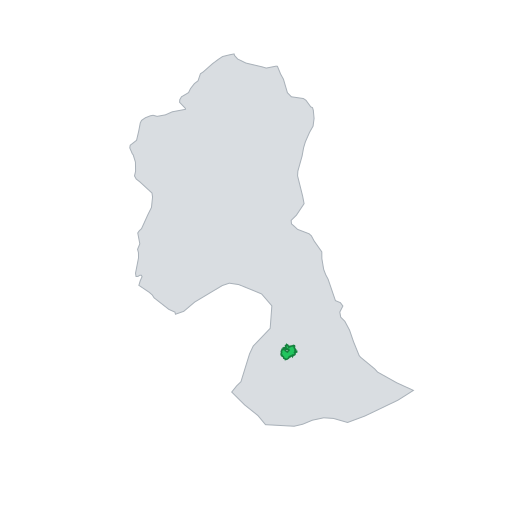 location of Kandavas pag., Kandavas, Latvia, rotated 243°
{"feature_id": "27541924B18979846350071", "entity_name": "Kandavas pag.", "entity_type": "district", "adm_level": 2, "iso_a3": "LVA", "parent_name": "Latvia", "parent_adm1": "Kandavas", "projection": "mercator", "projection_center": [22.728, 57.032], "detail": "fine", "context": "in_parent", "style": "filled", "palette": "green", "viewbox_px": 512, "rotation_deg": 243, "n_neighbors": 0, "source": "geoboundaries", "source_scale": "gbopen_adm2", "svg_char_len": 4963}
<svg xmlns="http://www.w3.org/2000/svg" viewBox="0 0 512 512"><g transform="rotate(243 256 256)"><path d="M362.5,373.7L359.8,373.2L352.2,370.2L345.8,365.8L341.9,359.9L335.3,351.8L330.9,347.6L324.1,342.4L312.6,331.8L308.5,329.4L288.1,324.7L280.8,322.6L274.0,310.5L271.8,303.5L268.5,302.2L264.8,303.7L260.9,305.1L251.7,313.4L248.8,314.5L243.1,314.6L229.8,316.5L223.8,313.5L213.3,310.2L207.6,309.6L202.6,309.7L180.2,306.5L176.1,310.0L172.0,310.7L168.0,305.2L163.0,303.7L157.5,305.5L147.5,305.7L135.6,304.0L120.5,302.7L118.3,303.2L101.5,310.5L97.4,311.6L79.2,323.8L64.8,335.2L63.1,317.0L64.0,280.3L66.1,262.0L76.1,251.3L81.1,242.9L84.1,231.7L84.9,221.3L87.0,212.7L101.4,187.9L112.9,185.3L128.4,178.3L145.8,172.6L149.1,179.9L150.8,185.5L171.7,205.8L177.0,212.6L185.1,235.8L204.4,247.5L219.6,243.8L226.3,238.1L238.4,227.6L243.9,219.9L245.0,212.5L242.8,180.5L239.5,166.5L240.7,157.8L242.8,158.3L248.0,154.1L265.0,146.2L268.4,145.9L272.3,144.3L283.0,138.3L286.4,141.5L289.3,145.1L290.9,145.1L291.6,143.8L291.4,141.5L292.2,139.8L295.3,140.8L307.7,150.5L312.4,152.8L315.7,153.5L319.6,158.0L330.2,161.1L331.5,163.5L332.3,166.4L342.2,178.8L346.7,184.9L355.5,190.6L359.3,191.9L374.7,186.2L379.0,184.2L382.5,184.1L386.2,187.2L394.4,191.2L401.9,192.5L403.2,192.2L409.6,192.6L411.8,194.2L413.3,202.1L420.5,208.2L427.1,213.3L428.8,215.6L429.4,220.2L428.9,225.4L428.1,228.2L425.3,231.3L422.9,239.3L422.5,246.8L418.7,259.8L419.6,260.1L427.6,257.7L429.9,259.1L431.7,261.9L432.2,270.1L434.9,273.7L437.6,279.4L438.4,283.9L443.6,289.2L444.0,292.6L447.1,304.6L448.3,311.5L448.9,316.8L447.3,323.6L446.0,328.2L444.4,327.9L439.8,329.1L432.5,334.6L421.6,347.5L418.8,350.4L416.0,360.2L415.3,361.2L409.0,360.7L407.3,360.5L401.0,360.7L387.2,358.1L381.8,359.8L374.8,369.7L372.1,371.2L364.0,372.5L362.5,373.7Z" fill="#d9dde1" stroke="#a8b0b8" stroke-width="1"/><path d="M156.6,233.6L156.4,233.5L156.1,233.6L155.9,234.0L155.8,233.9L155.7,233.8L155.6,233.7L155.4,233.6L155.2,233.8L155.2,234.1L154.7,234.0L154.0,234.6L152.7,234.5L152.3,234.5L152.2,234.4L152.1,234.5L151.8,234.8L151.7,234.9L151.6,235.0L151.3,235.3L150.4,235.1L150.2,235.9L150.2,236.1L150.1,236.6L150.0,236.9L150.0,237.3L150.1,237.6L150.2,238.7L150.8,239.2L150.7,240.1L150.8,240.2L150.6,240.4L150.7,240.5L150.9,240.5L151.2,240.4L151.2,240.7L151.2,241.1L151.2,241.4L151.1,241.6L150.8,241.7L150.8,241.9L150.7,242.5L150.5,242.8L150.5,243.0L150.4,243.0L150.2,243.1L149.9,243.0L150.0,243.2L150.1,243.3L150.3,243.3L150.5,243.3L150.7,243.2L150.8,243.2L150.8,243.3L150.9,243.2L151.0,243.2L151.0,243.3L151.2,243.5L150.9,243.8L150.8,244.0L150.8,244.3L150.7,244.3L150.5,244.5L150.6,244.8L150.5,245.0L150.4,245.1L150.5,245.3L150.7,245.5L150.7,245.8L150.6,246.0L150.8,246.1L151.0,246.0L151.1,246.3L151.3,246.3L151.6,246.5L151.8,246.6L152.0,246.6L152.7,246.5L152.8,247.0L152.3,247.3L152.3,247.5L152.0,247.4L152.1,247.6L152.1,247.8L152.3,247.8L152.3,248.1L152.3,248.3L152.0,248.6L152.7,249.1L152.8,249.0L152.8,248.9L152.8,248.7L152.6,248.6L152.6,248.4L153.1,248.2L153.5,248.0L153.6,247.9L153.8,247.7L154.0,247.7L154.1,248.3L154.6,248.2L154.7,248.8L156.1,248.5L156.0,248.8L156.1,248.7L156.3,248.5L156.5,248.6L156.8,248.7L157.0,248.7L157.3,248.5L157.8,248.4L157.9,248.2L157.9,248.3L158.0,248.4L158.2,248.5L158.2,249.2L158.4,249.1L158.5,249.3L158.7,249.5L158.9,249.3L158.7,249.2L158.9,248.9L159.0,248.8L159.0,248.7L159.1,248.4L159.4,248.3L159.4,248.2L159.3,247.6L159.3,247.4L159.3,247.2L159.4,246.9L159.5,246.7L159.9,246.5L159.7,245.2L160.2,245.1L160.1,244.7L159.8,244.6L159.7,244.5L159.7,244.4L159.8,244.1L160.0,244.3L160.2,244.2L160.2,243.9L160.6,244.0L160.8,243.9L161.1,243.8L161.5,243.9L162.0,243.8L162.4,243.8L162.3,243.0L163.1,242.9L162.9,242.7L162.7,242.1L162.8,241.7L162.6,241.7L162.2,241.7L161.5,241.2L161.0,241.3L160.9,240.7L160.8,240.0L161.0,240.0L161.3,240.0L161.4,239.9L161.4,239.6L161.4,239.4L161.5,239.5L161.7,239.4L161.7,239.2L161.5,238.9L161.3,238.9L161.2,238.7L161.1,238.8L161.1,238.7L161.3,238.4L161.2,238.4L161.3,238.3L161.1,238.0L160.8,237.8L160.4,237.7L160.5,237.5L160.7,237.3L160.9,237.1L160.8,236.9L160.7,236.8L160.8,236.7L160.3,236.5L160.3,236.4L160.3,236.2L160.2,236.0L160.0,235.9L160.0,235.7L159.9,235.6L159.7,235.6L159.5,235.4L159.6,235.2L159.5,235.3L159.4,235.2L159.3,235.3L159.2,235.3L159.1,235.1L158.9,235.0L158.5,235.1L158.3,234.8L157.6,234.2L157.4,233.9L157.2,233.8L156.6,233.6ZM156.6,241.4L156.2,240.8L156.1,240.5L156.3,240.4L156.5,240.1L156.8,240.0L156.9,239.9L157.1,239.8L157.3,239.7L157.6,239.5L158.4,239.1L158.5,239.1L159.0,239.0L159.4,239.3L159.5,239.4L159.5,239.5L159.4,239.6L159.1,239.8L159.0,240.0L159.1,240.3L159.2,240.2L159.5,240.3L159.4,240.5L159.2,240.7L159.3,240.8L159.2,240.9L159.4,240.9L159.4,241.0L159.1,241.1L159.0,241.5L158.9,241.6L158.7,241.9L158.7,242.0L158.8,242.0L158.7,242.1L158.6,242.3L158.3,242.2L158.2,242.4L157.9,242.7L157.7,242.3L157.4,242.4L157.1,242.2L156.9,242.3L156.9,242.2L156.8,241.9L156.9,241.7L156.7,241.6L156.6,241.4Z" fill="#22c55e" stroke="#15803d" stroke-width="1.5"/></g></svg>